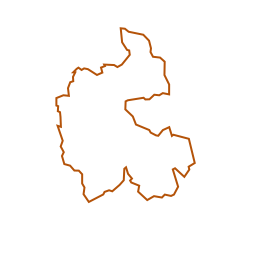 the district of Vasilevo, Vasilevo, North Macedonia, rotated 129°
{"feature_id": "65306769B98629679609772", "entity_name": "Vasilevo", "entity_type": "district", "adm_level": 2, "iso_a3": "MKD", "parent_name": "North Macedonia", "parent_adm1": "Vasilevo", "projection": "mercator", "projection_center": [22.637, 41.553], "detail": "fine", "context": "isolated", "style": "outline", "palette": "amber", "viewbox_px": 256, "rotation_deg": 129, "n_neighbors": 0, "source": "geoboundaries", "source_scale": "gbopen_adm2", "svg_char_len": 1392}
<svg xmlns="http://www.w3.org/2000/svg" viewBox="0 0 256 256"><g transform="rotate(129 128 128)"><path d="M130.5,53.5L121.7,54.2L119.9,56.5L113.2,54.1L98.1,73.9L104.7,88.5L106.5,88.9L101.4,96.5L107.7,99.6L115.0,99.6L116.1,101.6L117.3,107.5L116.2,110.2L120.3,124.0L116.0,131.5L115.2,141.8L108.8,146.6L106.6,145.6L94.7,134.9L94.9,132.5L92.2,129.4L85.6,128.5L82.9,124.3L79.0,122.9L76.0,117.2L68.3,123.4L63.9,133.0L53.4,141.2L53.1,147.4L56.9,153.4L54.8,158.3L51.6,160.3L46.9,166.6L45.9,174.8L52.8,188.1L52.8,192.9L55.1,196.4L65.1,186.5L67.9,177.9L67.0,175.9L70.0,172.7L82.6,172.7L87.3,174.6L87.8,178.4L93.7,186.4L94.4,184.9L98.0,187.0L101.1,182.8L106.3,185.5L107.5,196.2L109.3,199.6L112.1,200.6L112.3,204.5L114.3,205.1L119.2,205.6L118.0,204.0L122.9,202.9L126.1,200.0L128.8,201.7L134.8,199.7L140.2,194.2L143.2,198.8L149.8,202.5L155.6,197.8L155.0,196.0L159.1,193.1L158.5,190.8L161.9,187.4L169.3,180.9L170.6,184.1L179.0,170.7L184.7,168.7L187.2,162.7L191.3,161.7L196.1,154.8L193.7,149.3L194.8,142.9L192.1,139.4L192.8,134.5L200.0,128.7L201.6,124.4L207.4,120.9L210.1,111.9L195.2,105.4L192.4,106.0L188.3,103.5L187.1,100.4L177.5,98.7L171.3,98.4L162.0,105.2L159.8,104.8L163.6,99.1L164.8,93.1L167.5,93.3L168.3,91.2L165.8,83.0L171.1,80.1L171.9,67.7L164.6,64.9L160.7,57.9L156.6,57.5L153.7,51.8L150.8,50.4L142.1,52.1L132.0,67.1L129.7,66.1L130.5,53.5Z" fill="none" stroke="#b45309" stroke-width="2"/></g></svg>